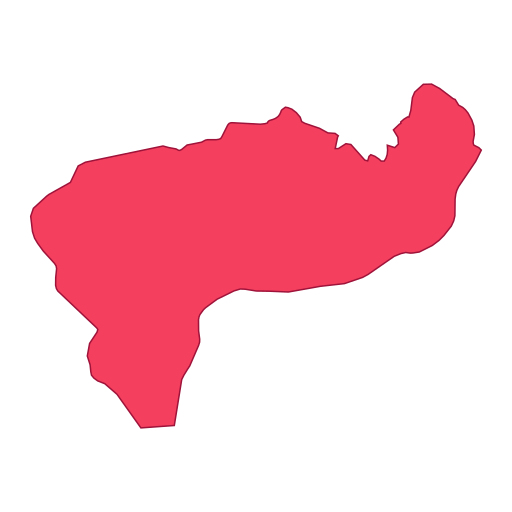 an SVG outline of Boaco
{"feature_id": "NIC-668", "entity_name": "Boaco", "entity_type": "Department", "adm_level": 1, "iso_a3": "NIC", "parent_name": "Nicaragua", "parent_adm1": "", "projection": "mercator", "projection_center": [-85.423, 12.417], "detail": "fine", "context": "isolated", "style": "filled", "palette": "rose", "viewbox_px": 512, "rotation_deg": 0, "n_neighbors": 0, "source": "natural_earth", "source_scale": "10m", "svg_char_len": 2113}
<svg xmlns="http://www.w3.org/2000/svg" viewBox="0 0 512 512"><path d="M285.4,107.2L288.0,107.7L291.9,109.2L296.4,112.7L300.2,117.2L301.7,121.6L304.8,123.3L319.5,128.3L327.9,132.9L335.1,133.4L338.3,135.8L337.6,137.1L335.2,148.6L338.3,148.6L345.9,143.7L350.9,144.5L364.8,160.1L367.7,160.9L369.0,156.4L370.8,154.7L374.9,156.3L379.0,159.1L381.2,161.1L384.2,161.1L386.0,158.2L387.2,154.5L387.6,150.1L387.3,145.2L394.8,147.6L398.4,144.1L397.9,137.3L393.4,129.9L399.4,124.2L400.9,123.4L400.7,122.0L403.9,119.2L407.6,116.9L408.9,117.1L410.8,110.4L412.4,97.6L414.7,92.1L423.3,84.3L431.6,84.1L439.8,88.6L453.0,98.6L455.2,99.5L458.7,105.2L462.7,107.4L465.3,109.7L468.0,113.0L471.9,120.2L473.8,126.0L474.4,134.4L473.1,141.5L473.3,143.6L473.8,145.1L478.9,147.7L481.3,150.1L475.6,161.5L458.6,186.6L456.9,190.2L455.8,193.9L455.1,199.0L454.9,215.8L453.7,220.9L451.3,226.1L443.9,235.5L439.0,240.4L432.4,245.4L419.3,252.0L412.9,253.0L410.2,253.1L405.7,252.5L400.9,253.6L394.2,256.3L368.1,274.4L362.8,277.3L344.5,283.6L320.4,286.3L288.4,292.0L269.3,291.2L256.3,291.0L245.2,289.2L240.3,289.0L234.0,290.9L217.1,299.2L205.6,307.7L203.5,309.7L199.9,314.6L199.0,316.9L198.5,319.8L198.6,330.9L199.7,339.2L199.6,342.2L198.6,345.4L189.7,366.0L189.1,366.8L188.6,367.7L188.0,368.5L183.8,375.3L181.7,379.6L174.3,425.5L140.9,427.9L117.0,394.3L104.8,383.7L97.7,380.9L93.9,378.1L91.5,375.2L90.8,371.7L90.1,364.8L87.3,356.0L89.6,343.4L97.0,332.2L97.8,329.5L96.8,328.0L57.8,291.0L56.4,288.6L55.6,285.3L55.7,277.7L56.6,268.7L56.1,265.9L54.5,263.4L43.3,251.1L37.7,243.4L34.6,238.2L32.5,231.7L30.7,216.3L33.4,208.3L46.6,196.2L49.0,194.4L70.4,182.4L78.2,165.9L85.4,162.2L163.0,146.0L168.9,147.6L176.0,148.9L178.6,150.3L179.8,150.4L181.6,149.5L187.1,145.0L192.4,144.0L201.5,142.2L205.5,140.1L207.6,139.7L216.2,139.7L218.8,139.3L220.6,138.6L221.9,136.7L227.7,125.1L228.4,124.2L229.2,123.4L230.4,122.9L231.9,122.7L260.4,124.2L265.0,123.7L267.5,122.9L267.9,121.8L268.7,121.0L269.8,120.4L273.3,119.3L275.4,118.4L277.3,117.1L278.2,116.4L279.6,114.5L280.6,112.5L281.3,110.6L282.0,109.7L285.4,107.2Z" fill="#f43f5e" stroke="#9f1239" stroke-width="1.5"/></svg>